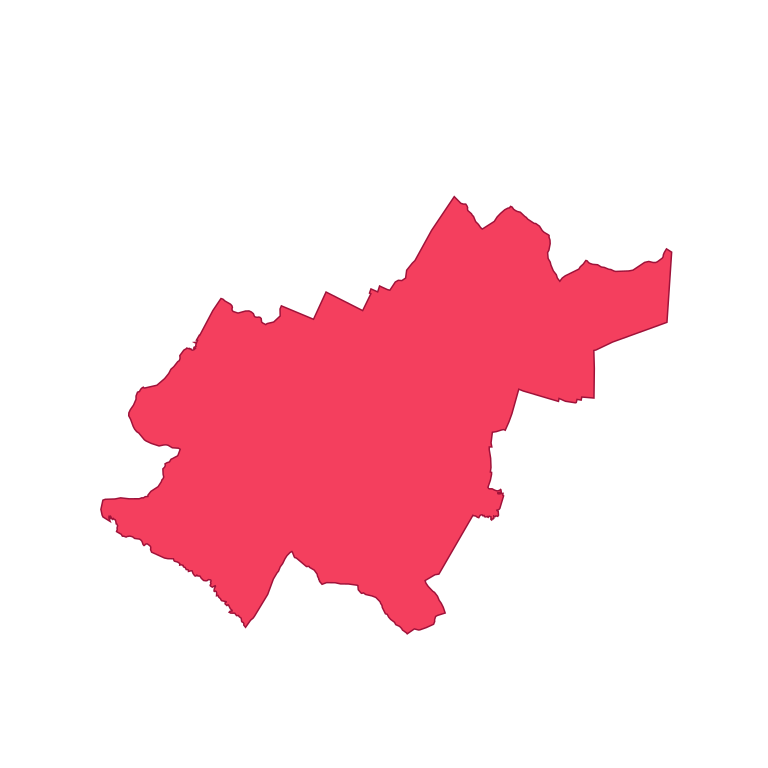 the district of Tatarani, Dâmbovita, Romania, rotated 308°
{"feature_id": "2599482B54832396479791", "entity_name": "Tatarani", "entity_type": "district", "adm_level": 2, "iso_a3": "ROU", "parent_name": "Romania", "parent_adm1": "Dâmbovita", "projection": "albers", "projection_center": [25.253, 44.999], "detail": "fine", "context": "isolated", "style": "filled", "palette": "rose", "viewbox_px": 768, "rotation_deg": 308, "n_neighbors": 0, "source": "geoboundaries", "source_scale": "gbopen_adm2", "svg_char_len": 6159}
<svg xmlns="http://www.w3.org/2000/svg" viewBox="0 0 768 768"><g transform="rotate(308 384 384)"><path d="M665.0,529.5L664.4,523.4L660.2,523.9L657.8,524.6L656.1,525.6L654.6,525.8L648.7,524.2L647.0,523.3L645.4,521.2L643.6,517.2L640.3,514.5L627.0,510.1L623.8,507.3L615.3,497.2L614.6,495.6L613.9,492.3L612.8,490.5L611.5,485.8L610.0,483.3L609.5,478.9L606.8,474.8L605.9,472.3L605.6,470.7L606.1,468.1L605.6,467.0L601.2,467.2L597.3,466.5L594.5,466.8L580.8,460.2L577.2,459.2L573.2,459.3L574.2,455.4L576.2,452.5L577.4,447.8L580.5,442.3L582.4,439.9L584.0,436.0L588.3,432.0L590.9,431.6L596.8,428.6L599.6,426.2L601.4,423.5L602.5,422.9L602.8,422.2L602.1,416.8L602.3,414.3L604.1,409.4L603.9,404.8L603.0,403.4L602.4,395.7L602.9,393.5L602.7,392.0L603.3,385.7L602.0,382.7L601.6,380.6L601.5,378.5L602.3,376.1L601.9,374.4L600.0,374.4L598.8,373.3L595.7,371.9L590.2,370.8L585.4,370.3L580.0,370.8L566.7,366.1L566.6,365.6L566.8,363.6L567.9,360.1L568.4,356.2L571.2,351.3L571.3,349.8L572.0,348.1L572.3,343.2L573.4,341.9L574.4,341.4L575.3,340.0L576.1,337.7L574.7,335.9L573.7,333.3L574.9,324.0L534.4,326.9L500.3,332.4L496.6,331.9L487.6,331.8L480.8,335.8L476.5,334.4L474.5,331.4L471.3,330.1L461.5,330.9L460.5,328.6L458.5,320.2L452.7,322.3L450.9,315.2L446.7,316.6L447.0,318.1L428.7,322.0L420.8,281.7L391.6,288.6L382.4,255.0L379.1,255.9L373.7,260.3L364.9,258.9L359.7,254.7L358.0,254.2L357.4,250.8L357.5,249.4L360.0,246.9L360.2,245.4L359.7,244.2L358.4,242.9L357.5,241.2L357.6,240.1L359.0,237.8L359.1,235.2L358.5,232.7L356.2,229.9L350.0,225.3L348.3,220.5L348.6,219.0L349.7,217.9L351.0,217.4L352.1,215.9L352.4,213.9L351.5,207.7L351.7,204.9L351.0,202.9L336.6,203.9L310.8,208.5L308.9,208.8L308.8,208.4L303.1,209.2L303.6,210.2L301.6,210.7L300.1,209.1L300.5,211.1L298.6,211.8L297.7,212.8L296.1,211.7L295.2,212.0L295.7,212.5L295.9,213.4L294.2,213.2L292.7,212.2L292.4,210.9L292.8,210.2L292.2,209.6L292.3,208.9L291.9,208.8L290.8,206.4L290.2,206.5L287.5,205.4L280.7,205.6L278.7,207.5L276.4,208.3L274.6,207.7L268.1,207.7L264.5,207.0L259.7,207.9L253.2,207.8L243.2,205.8L233.5,197.9L233.1,197.0L233.3,196.3L232.2,195.8L230.3,195.5L227.5,195.9L225.8,194.8L221.9,196.0L219.3,198.0L213.2,199.6L207.7,199.9L204.2,200.7L201.8,202.4L200.2,206.0L196.1,212.6L194.9,215.3L194.2,218.4L194.4,221.0L192.5,229.5L192.6,231.5L193.9,237.2L196.7,244.9L200.4,248.0L201.9,249.7L202.8,251.6L203.4,256.4L206.9,261.6L207.1,263.6L201.4,265.4L200.3,265.6L193.5,262.5L190.5,262.9L188.3,261.4L186.2,260.6L185.4,261.7L183.5,262.3L181.0,262.0L176.8,265.6L175.1,267.7L173.3,268.2L171.9,268.0L169.8,268.7L164.0,269.2L155.9,266.4L151.1,266.4L150.0,267.2L148.2,265.2L146.1,264.5L145.2,263.2L142.8,261.7L136.6,253.8L132.1,246.5L127.8,242.8L121.5,235.3L119.4,234.0L110.9,238.1L107.2,242.5L106.2,244.4L107.1,252.8L109.1,249.6L110.5,248.8L110.7,249.4L111.4,249.6L111.4,250.1L110.6,250.1L110.2,250.6L109.4,250.3L109.9,250.8L109.8,251.6L110.8,251.2L110.3,253.6L111.4,253.6L111.2,255.0L111.6,255.7L111.1,256.7L108.9,259.1L109.2,259.6L108.3,261.4L106.1,262.3L105.5,263.2L103.0,264.1L103.8,269.5L103.0,271.5L103.9,272.8L104.6,275.0L105.7,275.5L107.7,277.4L108.8,279.9L108.8,282.6L111.3,286.9L111.3,288.9L110.9,290.3L109.2,292.9L108.9,294.2L109.3,294.6L110.9,294.7L112.1,295.6L112.3,296.1L112.4,299.1L111.9,300.6L109.7,302.1L108.4,304.4L111.7,318.1L113.2,321.1L116.6,325.7L115.5,327.3L115.4,328.0L116.6,330.9L116.8,333.6L115.5,334.5L116.7,335.5L117.4,337.5L116.6,338.2L116.5,338.9L117.0,340.3L116.0,342.4L116.8,343.5L116.9,344.3L115.9,345.3L118.0,346.9L118.6,347.8L117.1,350.2L116.3,352.9L116.8,354.0L118.2,354.2L118.1,355.5L119.3,357.2L118.4,359.7L118.1,362.8L119.3,364.9L120.2,365.7L121.8,366.1L122.8,367.8L122.8,368.4L122.2,369.1L121.0,369.3L120.1,370.6L118.4,370.9L118.0,371.5L118.2,373.8L120.5,374.8L121.1,375.2L120.9,375.7L118.0,376.4L116.2,377.5L116.1,378.1L117.1,378.7L117.1,379.8L116.2,380.9L114.0,382.4L115.2,383.3L114.3,385.0L114.1,387.5L113.5,388.4L113.3,389.5L115.3,393.6L114.9,393.9L113.9,393.5L112.9,394.1L112.7,396.6L114.0,397.0L114.1,397.5L112.3,401.3L112.1,403.6L111.6,404.0L110.2,402.6L108.8,402.5L109.1,404.3L111.5,407.5L110.7,410.4L112.0,411.9L111.5,413.0L111.5,415.7L109.4,417.8L109.1,418.6L109.4,420.0L108.8,421.2L107.7,421.9L107.0,424.7L115.7,424.3L119.0,425.0L121.3,424.9L146.6,421.9L162.2,416.9L169.3,416.0L171.6,416.1L176.0,414.8L180.1,414.7L185.1,413.6L189.1,413.2L193.4,413.7L195.3,414.5L194.9,415.7L192.5,419.7L192.3,420.7L192.9,422.0L192.4,435.3L194.1,437.1L193.7,438.3L194.4,443.6L193.0,448.4L191.6,450.0L190.4,452.5L189.8,452.9L189.3,454.4L188.8,454.7L188.0,458.5L192.1,461.0L197.4,468.0L199.8,473.0L204.4,478.9L208.9,486.7L209.1,487.5L206.0,490.4L205.2,494.3L205.3,495.3L206.8,496.5L206.8,499.0L209.6,505.0L210.8,509.0L210.0,514.9L209.0,516.6L208.3,518.7L206.8,520.3L203.8,526.6L204.5,528.4L203.2,531.1L202.6,534.2L202.7,539.0L201.6,541.4L202.6,545.5L202.2,548.3L201.5,550.1L201.7,554.9L201.4,556.1L209.7,558.7L211.4,562.6L212.3,563.6L218.1,567.3L225.2,571.0L228.0,570.2L229.4,569.0L232.6,567.8L234.5,568.6L241.2,573.2L244.5,568.2L246.5,564.0L247.5,560.7L249.7,556.8L250.9,552.1L250.7,550.0L251.7,543.4L252.9,539.6L254.4,537.4L265.1,541.6L268.0,544.3L335.3,534.9L335.4,535.8L336.4,537.4L336.5,539.6L337.0,541.0L339.7,540.6L341.0,541.4L341.4,542.2L341.0,542.9L342.0,543.9L341.3,544.8L341.7,545.8L343.5,547.3L343.5,547.7L343.0,547.6L343.0,548.2L344.6,548.3L345.2,550.1L343.1,551.6L343.1,552.6L344.3,552.4L344.9,553.1L345.8,553.2L347.5,551.8L347.8,553.2L349.0,553.4L349.7,555.1L351.1,555.0L354.0,552.4L353.8,550.9L354.0,550.6L355.8,551.8L357.2,551.9L369.5,547.1L369.5,546.1L371.1,545.1L368.1,542.2L367.7,541.2L368.3,540.6L370.9,543.1L372.6,541.3L372.7,540.8L371.2,540.4L369.4,539.0L368.5,536.6L368.0,533.8L366.2,531.5L366.1,530.7L366.6,529.5L373.6,527.1L379.0,524.4L380.6,523.2L380.1,522.0L384.1,519.7L391.2,513.7L397.2,507.2L399.2,505.7L400.8,507.7L403.5,504.6L412.7,499.1L415.7,501.9L420.4,505.1L421.9,506.5L422.2,508.0L431.0,505.8L439.3,503.1L462.9,493.4L464.2,498.0L477.7,532.2L480.4,530.8L482.1,537.6L487.0,546.4L487.8,546.9L490.7,545.6L492.7,549.3L495.5,547.9L502.2,558.1L525.7,540.2L539.6,528.7L541.3,530.1L557.8,538.3L606.8,569.0L665.0,529.5Z" fill="#f43f5e" stroke="#9f1239" stroke-width="1.5"/></g></svg>